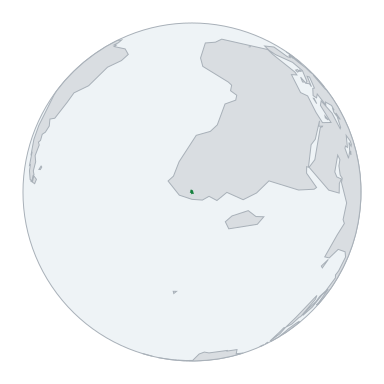 the Earth from above Mafeteng, rotated 56°
{"feature_id": "LSO-3453", "entity_name": "Mafeteng", "entity_type": "District", "adm_level": 1, "iso_a3": "LSO", "parent_name": "Lesotho", "parent_adm1": "", "projection": "orthographic", "projection_center": [27.626, -29.78], "detail": "fine", "context": "on_globe", "style": "filled", "palette": "green", "viewbox_px": 384, "rotation_deg": 56, "n_neighbors": 0, "source": "natural_earth", "source_scale": "10m", "svg_char_len": 5247}
<svg xmlns="http://www.w3.org/2000/svg" viewBox="0 0 384 384"><g transform="rotate(56 192 192)"><circle cx="192" cy="192" r="169" fill="#eef3f6" stroke="#a8b0b8"/><path d="M24.7,168.5L24.7,169.1L26.6,165.2L27.1,169.5L26.5,174.4L27.9,172.7L27.9,175.2L36.0,167.4L42.3,167.9L43.6,177.0L41.3,192.3L46.1,218.3L43.8,234.4L47.8,245.2L54.1,264.5L52.1,269.0L57.5,273.5L60.4,280.1L60.4,283.9L64.5,288.7L64.8,291.4L67.6,292.4L74.1,301.7L79.5,304.7L85.8,311.8L89.3,313.3L89.4,314.4L91.2,316.4L93.4,317.8L91.1,319.2L83.4,314.8L79.1,310.8L79.1,311.9L69.2,302.0L71.6,305.1L59.9,293.6L51.2,281.8L34.5,252.3L32.8,248.4L32.7,248.4L28.7,235.5L25.8,222.3L23.9,209.0L23.1,195.5L23.3,182.0L24.7,168.5ZM97.1,317.8L92.3,319.7L94.0,318.2L90.1,314.1L94.5,313.9L97.1,317.8ZM87.7,306.3L86.1,302.6L87.3,302.6L88.6,305.2L87.7,306.3ZM178.8,23.6L172.8,24.5L167.7,25.2L166.6,25.0L178.8,23.6ZM349.3,130.2L354.6,146.2L355.7,150.3L355.1,152.2L354.5,148.8L348.7,133.4L350.2,142.3L354.7,156.7L356.3,169.3L354.0,161.5L352.1,150.4L350.0,144.6L348.7,136.3L343.4,121.2L341.0,119.4L339.4,114.6L331.8,101.1L327.2,98.5L321.3,102.9L323.4,115.1L320.0,118.2L308.7,95.5L303.3,83.3L299.4,82.2L287.5,69.9L267.6,62.7L264.6,59.7L260.9,59.7L252.5,55.6L247.9,51.3L242.9,50.6L255.2,62.4L260.5,63.5L264.8,60.9L267.2,65.0L275.2,70.6L266.9,77.6L237.0,81.1L233.9,72.1L210.2,49.5L210.8,47.6L210.7,47.3L210.4,46.9L208.4,50.1L204.3,46.5L217.2,60.3L219.4,66.8L236.6,81.6L235.1,82.8L240.5,86.5L257.9,86.2L258.0,89.2L249.9,102.6L225.8,122.0L228.9,139.0L227.0,153.9L211.8,163.3L213.0,176.1L205.1,180.3L204.5,187.9L198.1,196.1L187.5,204.3L169.5,205.7L168.5,198.5L159.7,185.8L147.4,156.8L152.0,142.9L150.5,133.5L137.5,115.4L140.3,104.4L136.8,100.8L129.6,103.4L125.6,99.4L121.2,100.4L93.9,112.8L85.7,110.0L75.9,97.6L80.9,88.8L81.9,81.9L116.2,49.6L123.4,48.0L150.2,39.6L153.6,39.6L150.3,43.9L170.3,46.4L177.0,42.4L195.3,44.7L207.5,45.0L212.1,37.9L192.0,37.1L188.7,34.0L204.9,31.8L222.4,33.8L221.7,32.7L210.7,29.5L214.8,28.5L206.9,28.5L210.1,29.6L205.2,29.8L202.0,28.9L203.6,28.4L198.3,27.9L192.1,31.0L194.6,32.4L180.8,33.4L183.6,36.1L179.8,37.7L173.6,33.9L174.3,32.4L162.5,30.3L160.5,31.8L171.5,34.1L168.0,34.1L165.4,36.9L164.6,34.9L153.2,32.6L140.8,36.1L124.7,46.0L117.5,48.9L111.6,50.1L117.6,43.0L133.1,37.3L135.4,35.4L132.5,35.0L137.5,33.5L138.2,32.9L144.0,31.2L152.5,28.3L158.5,27.1L162.0,25.8L165.6,25.2L162.4,25.9L163.5,26.1L178.4,24.4L181.3,24.0L182.4,23.5L186.4,23.4L185.5,23.2L194.2,23.1L191.7,23.0L203.6,23.4L215.5,24.7L227.2,26.7L238.7,29.6L250.0,33.3L261.1,37.8L271.8,43.0L282.0,49.0L291.9,55.7L301.2,63.1L310.0,71.1L318.3,79.7L325.9,88.9L332.8,98.6L339.0,108.7L344.5,119.3L349.3,130.2ZM104.4,62.0L103.4,64.0L104.4,62.0ZM241.2,40.7L251.6,43.4L246.6,38.7L250.2,39.5L247.1,37.7L246.2,38.3L238.7,34.2L243.0,34.5L241.6,33.2L238.0,32.3L231.3,32.5L241.9,38.2L239.7,39.1L241.2,40.7ZM136.5,32.4L138.2,31.9L135.8,32.8L128.3,35.6L131.6,34.2L135.1,32.9L136.5,32.4ZM144.6,29.8L143.7,30.1L147.2,29.6L145.4,30.5L132.4,34.5L137.7,32.5L135.5,33.1L141.5,30.9L141.9,30.6L144.6,29.8ZM157.5,37.7L160.1,37.5L164.2,36.8L162.6,38.8L157.5,37.7ZM149.5,36.1L151.8,35.5L151.6,37.5L148.9,37.9L149.5,36.1ZM153.3,33.7L152.0,35.3L151.1,34.7L153.3,33.7ZM164.7,25.5L167.2,25.1L167.4,25.2L165.9,25.6L164.7,25.5ZM208.6,38.8L205.0,40.0L203.2,39.2L204.8,39.0L208.6,38.8ZM182.6,38.4L188.5,39.2L182.1,39.0L182.6,38.4ZM265.7,260.4L266.0,263.9L263.8,263.1L265.7,260.4ZM255.3,155.9L243.1,182.1L235.3,181.0L234.2,172.2L238.9,155.8L248.1,152.7L252.7,146.3L255.3,155.9ZM358.6,218.3L358.2,221.9L358.0,222.5L358.6,218.3ZM359.1,212.8L359.0,216.4L358.8,213.7L359.1,212.8ZM358.4,221.3L358.8,217.8L358.6,219.9L358.6,220.1L358.4,221.3ZM359.1,210.6L357.2,198.3L355.9,191.8L356.6,190.3L358.7,198.5L359.1,210.6ZM356.5,189.9L354.0,175.7L347.6,146.3L350.0,149.8L356.1,171.7L355.8,173.3L357.3,183.1L356.5,189.9ZM361.0,193.0L360.9,194.2L360.5,200.1L359.9,192.8L359.3,188.7L359.0,178.3L359.2,175.2L359.8,177.8L360.1,175.2L361.0,193.0ZM324.1,116.7L327.8,126.4L325.7,126.2L324.1,116.7ZM300.8,321.3L298.3,323.3L299.7,322.0L306.0,316.6L303.1,319.3L300.8,321.3ZM310.4,312.6L314.5,308.2L322.5,299.2L322.3,299.2L325.2,296.0L323.5,297.6L328.3,291.3L332.0,285.6L330.3,276.7L331.6,271.3L334.9,267.9L343.3,250.9L343.2,252.5L347.8,242.8L350.8,245.8L354.2,239.5L354.0,240.1L350.1,251.6L345.4,262.9L339.8,273.8L333.5,284.3L326.5,294.2L318.8,303.7L310.4,312.6ZM357.4,226.5L357.4,226.4L357.4,226.5ZM360.1,209.1L360.0,210.2L360.1,208.3L360.7,200.8L360.8,199.8L360.1,209.1Z" fill="#d9dde1" stroke="#a8b0b8" stroke-width="1"/><path d="M190.6,191.5L190.7,191.4L190.8,191.4L191.0,191.3L191.2,191.2L191.3,191.2L191.3,191.3L191.4,191.5L191.5,191.6L191.8,191.6L192.0,191.7L192.0,191.8L192.1,192.0L192.3,192.1L192.5,192.1L192.8,192.2L192.9,192.3L193.0,192.3L193.1,192.5L193.0,192.4L192.9,192.4L192.7,192.3L192.7,192.5L192.6,192.4L192.5,192.5L192.4,192.5L192.2,192.5L192.0,192.4L191.9,192.5L191.9,192.4L191.8,192.5L191.7,192.6L191.6,192.8L191.5,192.7L191.4,192.7L191.3,192.4L191.4,192.2L191.3,192.3L191.2,192.3L190.9,192.4L190.6,191.9L190.5,191.7L190.4,191.7L190.5,191.5L190.6,191.5ZM193.2,191.8L193.3,191.8L193.5,191.8L193.5,192.0L193.6,192.3L193.7,192.5L193.6,192.4L193.4,192.4L193.3,192.2L193.2,192.1L193.2,191.9L193.2,191.8Z" fill="#22c55e" stroke="#15803d" stroke-width="1.5"/></g></svg>